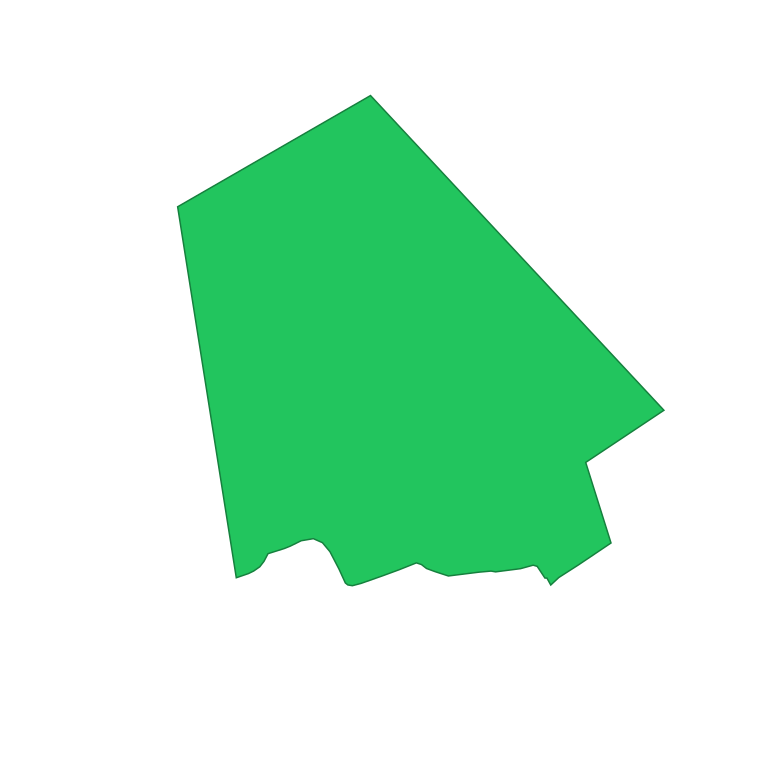 Fond Gens Libre, Soufrière, Saint Lucia, rotated 59°
{"feature_id": "8701671B9474908465202", "entity_name": "Fond Gens Libre", "entity_type": "district", "adm_level": 2, "iso_a3": "LCA", "parent_name": "Saint Lucia", "parent_adm1": "Soufrière", "projection": "robinson", "projection_center": [-61.061, 13.808], "detail": "fine", "context": "isolated", "style": "filled", "palette": "green", "viewbox_px": 768, "rotation_deg": 59, "n_neighbors": 0, "source": "geoboundaries", "source_scale": "gbopen_adm2", "svg_char_len": 662}
<svg xmlns="http://www.w3.org/2000/svg" viewBox="0 0 768 768"><g transform="rotate(59 384 384)"><path d="M550.7,157.6L129.8,247.0L125.8,469.6L474.0,610.4L476.7,597.8L477.2,592.0L476.7,584.6L474.2,578.2L469.7,570.8L473.7,554.1L474.7,547.8L475.7,535.7L480.2,524.2L488.3,518.5L499.9,516.7L519.5,517.9L534.6,519.6L537.6,518.5L540.6,515.0L543.1,506.4L547.7,484.0L551.0,466.7L554.0,448.4L558.0,444.9L564.0,442.6L571.1,436.9L581.7,427.7L594.2,399.5L599.5,388.6L602.5,385.1L612.6,362.1L616.1,349.5L619.2,346.6L633.2,346.0L634.3,344.3L642.2,344.6L639.9,333.8L639.2,310.2L637.2,271.3L555.1,251.5L550.7,157.6Z" fill="#22c55e" stroke="#15803d" stroke-width="1.5"/></g></svg>